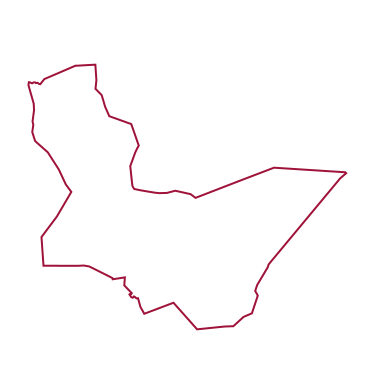 outline of Haya, Red Sea, Sudan, rotated 174°
{"feature_id": "16777658B79531940846564", "entity_name": "Haya", "entity_type": "district", "adm_level": 2, "iso_a3": "SDN", "parent_name": "Sudan", "parent_adm1": "Red Sea", "projection": "orthographic", "projection_center": [36.501, 17.972], "detail": "fine", "context": "isolated", "style": "outline", "palette": "rose", "viewbox_px": 384, "rotation_deg": 174, "n_neighbors": 0, "source": "geoboundaries", "source_scale": "gbopen_adm2", "svg_char_len": 1493}
<svg xmlns="http://www.w3.org/2000/svg" viewBox="0 0 384 384"><g transform="rotate(174 192 192)"><path d="M37.5,195.6L107.9,207.6L130.1,201.7L144.0,198.0L189.1,185.8L193.6,190.0L208.5,195.0L217.1,193.7L224.7,194.3L228.6,195.1L236.3,197.2L244.1,199.4L249.2,201.1L250.6,204.1L250.7,209.2L250.7,224.2L247.6,230.5L244.4,237.1L241.9,241.2L240.1,243.7L245.3,265.9L266.3,276.0L269.5,285.9L270.4,290.9L271.7,297.8L277.2,304.7L275.4,313.1L274.8,328.7L278.0,328.9L294.6,329.7L294.7,329.8L326.9,319.8L327.0,319.7L327.3,319.5L331.6,315.1L331.9,315.2L332.5,315.3L332.8,315.5L333.0,315.6L333.2,315.8L333.7,316.4L333.8,316.4L334.4,316.8L335.3,316.7L335.9,316.7L336.3,317.2L336.4,317.3L337.1,317.5L337.5,317.5L338.0,317.5L338.3,317.5L339.2,316.9L339.9,316.9L342.2,318.2L342.7,318.3L342.8,318.1L343.5,315.4L340.2,296.5L340.5,290.1L343.2,278.8L342.8,275.4L344.6,268.3L342.7,259.1L340.2,256.3L331.3,246.6L322.1,228.3L319.3,220.2L316.7,212.7L312.0,204.7L328.9,181.8L346.4,162.9L347.4,134.2L313.1,130.5L307.3,130.2L302.0,128.7L298.2,126.3L280.1,114.7L280.0,113.5L267.7,114.1L269.1,106.2L266.0,102.2L262.5,97.7L263.1,96.9L263.9,97.2L264.9,96.7L263.7,94.3L263.2,93.6L262.0,93.1L261.5,93.3L260.8,94.2L260.2,94.0L258.3,92.0L256.8,92.0L255.3,83.1L252.2,75.9L222.0,83.8L201.3,54.9L173.6,54.8L164.9,54.2L153.8,62.4L145.1,65.1L137.4,82.1L139.5,87.0L136.9,92.7L124.5,109.3L123.4,111.9L120.0,115.3L109.3,125.7L43.9,189.4L43.6,189.8L36.7,194.6L37.5,195.6L37.5,195.6Z" fill="none" stroke="#9f1239" stroke-width="2"/></g></svg>